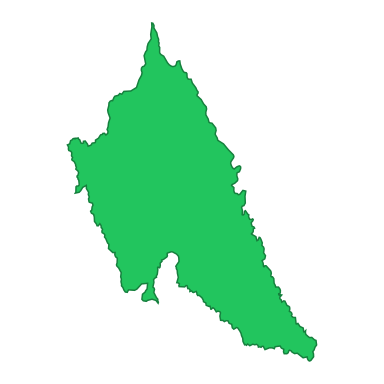 La Mar, Ayacucho, Peru
{"feature_id": "86281439B39408402026891", "entity_name": "La Mar", "entity_type": "district", "adm_level": 2, "iso_a3": "PER", "parent_name": "Peru", "parent_adm1": "Ayacucho", "projection": "equal_earth", "projection_center": [-73.706, -13.004], "detail": "fine", "context": "isolated", "style": "filled", "palette": "green", "viewbox_px": 384, "rotation_deg": 0, "n_neighbors": 0, "source": "geoboundaries", "source_scale": "gbopen_adm2", "svg_char_len": 5977}
<svg xmlns="http://www.w3.org/2000/svg" viewBox="0 0 384 384"><path d="M316.0,340.4L314.4,339.8L311.8,337.4L309.6,337.6L308.2,336.6L305.8,334.4L305.4,332.3L305.6,330.7L304.4,331.9L303.7,331.8L303.2,328.0L300.0,326.5L297.9,323.4L296.9,324.0L296.1,323.8L295.4,317.5L293.2,317.4L291.9,316.4L291.4,315.6L292.0,314.4L291.7,313.1L290.9,312.1L289.4,311.4L289.8,308.9L289.6,307.1L288.7,306.2L287.0,305.5L284.9,301.1L283.6,300.9L281.8,302.1L281.1,299.7L279.8,298.7L279.8,297.3L281.7,295.0L280.2,294.7L279.6,295.4L278.7,294.7L278.7,293.7L279.9,293.5L280.3,292.7L280.4,290.4L279.8,288.8L278.5,287.1L275.6,287.0L275.3,285.5L274.1,283.2L273.8,278.6L272.5,276.8L271.4,276.8L270.8,275.9L271.3,273.3L270.9,271.3L270.2,270.3L266.1,265.8L265.0,265.7L264.0,266.8L263.5,266.4L263.1,263.1L262.1,260.6L264.8,258.8L265.5,255.7L263.6,252.8L264.1,248.9L263.6,247.2L261.9,245.4L262.3,242.9L260.9,239.2L260.0,237.6L259.2,237.3L258.0,240.2L256.9,240.7L255.9,236.7L251.5,234.1L251.5,233.5L252.5,232.9L253.2,231.5L253.3,228.9L254.6,228.2L253.8,226.9L252.2,226.4L251.4,224.1L251.3,222.6L252.9,220.7L253.2,219.4L252.6,218.9L251.6,219.5L249.7,219.3L248.6,216.9L248.8,214.8L247.9,214.3L245.4,210.7L244.5,211.3L244.0,214.4L243.1,215.0L242.2,214.7L242.4,210.5L241.6,207.5L242.2,206.2L243.9,205.6L245.3,203.0L245.0,196.3L245.8,191.1L242.9,190.4L239.7,194.4L238.3,194.7L237.3,193.6L235.1,193.3L234.3,192.4L233.8,190.5L233.9,187.6L231.6,185.5L232.0,184.6L234.8,183.2L237.5,180.7L237.8,178.9L236.8,175.8L236.9,173.4L237.2,172.7L239.4,171.7L240.6,168.8L240.7,167.0L239.7,165.9L238.5,166.1L236.6,167.0L234.2,169.0L232.9,168.2L231.7,166.4L230.7,163.7L230.8,161.9L233.6,157.7L233.9,156.3L233.3,154.8L228.2,149.6L223.5,143.9L217.8,140.3L217.2,137.9L215.3,134.6L215.3,133.2L216.1,130.5L215.7,127.9L212.0,123.2L210.0,122.9L208.9,122.1L208.2,119.0L205.9,114.9L205.8,112.2L206.6,109.0L206.2,106.8L203.6,103.9L201.2,99.6L197.1,95.8L197.0,94.7L198.0,93.2L198.1,91.9L197.0,90.5L195.8,87.7L192.3,83.0L191.1,79.2L188.3,79.2L187.1,77.4L186.9,73.6L186.2,72.7L184.3,72.4L183.3,71.4L181.8,68.7L180.2,64.0L179.8,60.9L178.3,61.0L176.9,61.8L176.2,64.7L174.9,66.2L172.8,66.6L171.4,66.2L169.3,64.9L167.5,62.8L163.7,56.2L161.0,54.6L159.9,53.3L159.6,52.2L159.7,47.4L158.7,45.8L159.1,42.9L158.5,42.1L158.6,39.2L157.6,36.8L156.8,32.9L153.9,28.0L154.0,25.4L152.8,23.2L151.7,23.0L151.9,26.8L150.7,34.5L151.2,38.9L148.1,43.5L147.2,46.8L146.9,50.2L145.6,51.9L144.1,55.7L145.7,63.9L144.1,66.2L142.5,66.7L141.5,68.1L141.3,70.1L142.1,72.7L141.5,75.3L139.0,79.9L136.5,87.5L130.8,91.0L123.9,91.4L121.8,94.2L119.8,93.5L118.3,95.3L114.9,96.2L114.0,97.4L112.6,100.7L111.7,100.5L110.2,101.2L109.0,102.8L108.8,105.6L107.7,110.0L108.1,112.6L110.1,118.1L108.5,122.9L108.1,126.7L107.1,129.5L108.0,131.3L107.8,133.3L105.9,135.0L104.5,133.3L102.9,133.4L102.4,134.4L100.9,134.7L100.2,135.4L98.5,138.2L95.5,140.1L95.5,141.9L95.0,142.7L92.2,143.1L90.9,145.2L88.1,146.2L87.6,144.3L85.2,141.0L83.4,141.3L83.5,143.0L82.2,143.4L81.0,143.1L79.7,139.8L78.9,139.4L78.1,137.9L76.9,138.4L75.9,138.1L75.0,138.9L74.3,138.3L72.9,138.8L71.9,140.0L70.6,140.6L69.7,143.9L67.4,144.9L68.5,146.9L68.4,149.2L68.8,150.5L70.9,151.3L71.8,152.8L71.5,155.8L72.6,157.5L71.8,159.2L72.1,160.2L74.1,161.5L75.6,164.4L75.7,165.8L76.4,167.3L75.8,169.1L78.0,171.1L78.6,172.7L77.9,175.3L77.1,175.9L77.0,177.0L77.9,178.0L78.0,179.1L78.8,180.3L79.2,184.3L79.0,185.3L78.1,186.0L76.6,186.1L76.0,186.8L75.9,192.0L75.3,193.1L79.1,192.3L80.7,190.7L82.7,187.4L86.3,185.4L86.4,188.6L88.6,192.2L88.3,194.6L89.3,197.0L88.5,198.9L89.0,201.6L89.3,202.2L92.4,203.2L93.0,205.1L92.1,207.0L91.8,210.0L90.6,211.2L91.4,213.1L93.6,214.4L94.3,217.0L94.5,221.5L96.3,223.8L97.1,225.8L98.3,225.8L99.8,223.7L101.1,225.6L101.2,227.7L102.0,228.3L102.5,229.6L101.9,231.0L102.1,232.6L104.2,233.9L104.9,235.1L104.5,237.0L105.7,238.5L107.6,243.0L108.9,244.3L108.5,248.6L112.8,252.6L115.1,252.5L114.8,254.3L115.1,255.7L115.7,256.9L117.3,258.2L117.1,262.9L116.5,264.7L116.7,265.8L118.7,268.0L121.2,272.6L120.7,276.9L121.4,279.1L121.0,281.7L121.6,284.3L121.5,285.8L122.9,287.5L123.9,290.0L125.3,292.0L127.3,292.3L128.3,290.2L128.9,289.9L134.6,290.3L136.9,289.1L141.6,283.9L147.6,283.3L147.1,288.9L145.5,291.0L145.1,292.1L142.5,294.2L141.9,299.3L143.3,300.8L146.3,301.3L147.8,300.3L152.0,299.2L155.9,300.4L158.1,303.2L158.4,302.2L157.8,301.0L157.8,299.2L156.4,297.5L153.8,292.4L154.5,289.3L154.0,288.0L152.9,287.1L153.9,282.4L153.6,279.5L155.4,277.7L156.5,277.3L156.3,276.2L157.3,274.2L157.8,269.9L157.6,267.6L158.0,267.1L159.5,267.8L159.9,267.4L160.3,265.3L160.1,263.2L162.0,261.3L161.7,260.0L163.5,259.4L166.9,256.9L167.4,255.8L167.1,253.7L167.4,253.1L171.1,251.8L172.5,251.9L176.5,254.0L178.3,256.0L178.8,257.7L179.0,261.5L175.8,266.3L176.5,267.9L176.3,268.7L177.2,270.2L177.4,273.2L178.3,277.4L176.8,282.7L178.2,282.9L179.4,283.8L178.9,285.5L179.1,286.6L184.7,286.9L185.9,285.6L187.0,285.6L187.8,288.6L188.6,288.5L190.0,289.7L189.9,291.5L191.6,290.9L192.8,292.3L193.5,292.5L196.2,291.4L196.9,293.1L196.9,294.1L197.7,295.5L199.2,295.4L201.9,297.7L203.3,300.1L203.5,301.7L205.8,302.9L206.2,305.3L208.9,306.4L210.0,306.2L210.9,309.2L211.5,309.1L212.7,307.8L213.3,307.9L214.4,308.8L216.3,311.9L218.0,311.1L220.0,311.8L220.5,312.8L219.9,316.1L220.6,320.3L223.2,320.5L224.3,321.6L226.1,320.7L228.0,320.8L229.1,323.3L231.7,324.3L232.3,327.8L233.8,329.2L236.6,327.5L237.7,327.9L239.9,331.1L241.1,333.5L241.5,335.5L242.7,338.2L243.0,341.5L244.6,344.8L245.3,344.5L246.5,345.3L247.6,344.0L249.8,345.7L252.8,344.2L254.8,344.8L256.5,344.3L258.0,345.4L258.4,347.1L259.9,346.8L261.1,347.3L262.1,346.3L263.3,346.4L265.0,349.6L269.5,347.8L272.4,347.9L274.3,348.7L275.1,346.7L280.1,346.0L281.4,348.1L283.8,349.3L283.5,351.9L284.2,353.7L286.9,353.7L288.1,352.8L289.0,350.5L289.5,350.2L291.2,350.9L292.0,352.1L294.6,353.6L297.3,353.2L303.1,357.8L307.1,356.9L307.5,358.8L308.5,360.5L309.7,361.0L310.9,360.4L313.6,356.8L313.5,353.9L312.8,351.7L314.1,349.9L315.0,347.2L316.6,345.0L316.0,340.4Z" fill="#22c55e" stroke="#15803d" stroke-width="1.5"/></svg>